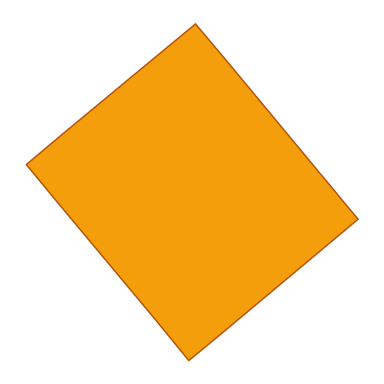 the district of Barron, Wisconsin, United States of America, rotated 50°
{"feature_id": "52423323B47194785340337", "entity_name": "Barron", "entity_type": "district", "adm_level": 2, "iso_a3": "USA", "parent_name": "United States of America", "parent_adm1": "Wisconsin", "projection": "robinson", "projection_center": [-91.799, 45.423], "detail": "fine", "context": "isolated", "style": "filled", "palette": "amber", "viewbox_px": 384, "rotation_deg": 50, "n_neighbors": 0, "source": "geoboundaries", "source_scale": "gbopen_adm2", "svg_char_len": 354}
<svg xmlns="http://www.w3.org/2000/svg" viewBox="0 0 384 384"><g transform="rotate(50 192 192)"><path d="M319.6,82.3L116.6,81.2L65.5,81.3L64.9,169.4L64.4,257.6L64.5,301.3L111.7,301.7L115.4,301.7L267.9,302.1L311.9,302.7L312.5,302.7L313.6,302.7L319.0,302.8L319.1,301.0L319.4,259.0L319.6,82.3Z" fill="#f59e0b" stroke="#b45309" stroke-width="1.5"/></g></svg>